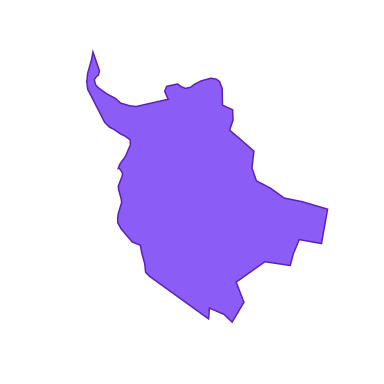 the border of Jekabpils, rotated 199°
{"feature_id": "LVA-5725", "entity_name": "Jekabpils", "entity_type": "Municipality", "adm_level": 1, "iso_a3": "LVA", "parent_name": "Latvia", "parent_adm1": "", "projection": "robinson", "projection_center": [26.096, 56.281], "detail": "fine", "context": "isolated", "style": "filled", "palette": "violet", "viewbox_px": 384, "rotation_deg": 199, "n_neighbors": 0, "source": "natural_earth", "source_scale": "10m", "svg_char_len": 1215}
<svg xmlns="http://www.w3.org/2000/svg" viewBox="0 0 384 384"><g transform="rotate(199 192 192)"><path d="M223.6,124.9L232.1,125.2L247.1,134.1L252.2,138.8L253.8,143.2L254.7,147.9L255.1,159.1L256.4,161.9L262.3,170.6L263.6,173.5L263.2,183.9L263.6,186.6L264.7,187.9L266.8,189.6L268.6,190.7L269.4,190.2L269.3,194.6L268.3,198.4L267.1,201.7L266.5,204.5L265.6,216.6L267.5,221.2L273.7,223.1L278.4,223.6L286.7,225.9L291.0,226.4L297.2,229.4L312.5,244.1L324.0,255.1L327.5,262.2L329.3,270.3L330.1,284.4L331.2,292.1L319.0,276.5L318.5,272.2L320.0,269.9L320.9,266.4L319.5,264.1L317.7,261.7L314.3,260.0L304.7,257.1L294.2,255.4L288.5,252.8L278.5,253.3L272.7,254.6L244.7,272.0L249.9,277.4L250.6,278.8L250.3,283.7L240.7,289.5L237.0,288.2L232.0,287.8L227.3,290.7L225.2,294.1L219.7,299.9L211.1,305.8L205.8,306.6L201.9,305.4L197.1,299.6L191.5,284.1L180.3,282.9L176.6,273.4L176.6,262.7L164.5,258.0L146.8,250.8L143.1,234.2L134.7,223.5L118.9,221.1L103.0,216.3L84.4,218.7L58.2,219.9L52.8,185.4L75.1,181.9L76.1,166.4L75.2,154.5L100.4,149.8L120.9,121.2L107.0,104.6L111.7,82.0L121.9,86.7L137.7,87.9L135.0,77.4L155.5,83.6L204.6,98.4L209.7,100.9L213.3,108.7L220.1,118.8L223.6,124.9Z" fill="#8b5cf6" stroke="#5b21b6" stroke-width="1.5"/></g></svg>